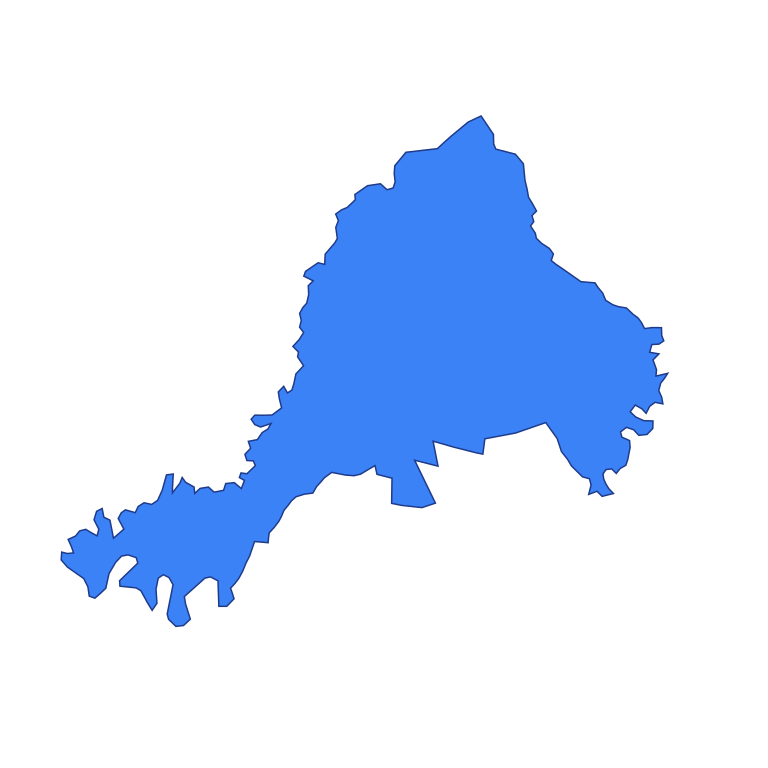 Sarandi, Rio Grande do Sul, Brazil (Robinson projection), rotated 283°
{"feature_id": "56859067B70235008034954", "entity_name": "Sarandi", "entity_type": "district", "adm_level": 2, "iso_a3": "BRA", "parent_name": "Brazil", "parent_adm1": "Rio Grande do Sul", "projection": "robinson", "projection_center": [-52.934, -27.931], "detail": "fine", "context": "isolated", "style": "filled", "palette": "blue", "viewbox_px": 768, "rotation_deg": 283, "n_neighbors": 0, "source": "geoboundaries", "source_scale": "gbopen_adm2", "svg_char_len": 3627}
<svg xmlns="http://www.w3.org/2000/svg" viewBox="0 0 768 768"><g transform="rotate(283 384 384)"><path d="M458.2,658.0L452.9,647.2L459.3,646.3L468.0,640.7L475.2,645.1L474.7,635.7L482.7,636.1L484.7,642.9L489.0,646.9L493.7,643.7L501.3,641.7L499.3,632.6L496.6,625.4L501.8,621.0L505.5,616.7L507.9,611.1L512.6,603.1L512.1,594.9L512.7,589.0L515.4,581.2L521.9,576.5L526.1,570.9L530.0,566.9L528.0,552.8L537.1,530.4L539.2,524.8L541.9,519.2L548.8,519.8L553.3,514.6L556.5,505.9L560.2,499.7L565.0,497.5L570.9,491.2L575.9,493.4L581.4,490.3L586.8,493.7L593.1,488.1L598.5,482.8L606.0,479.6L614.3,475.5L629.9,470.3L637.5,460.3L638.0,440.1L642.5,436.9L651.8,434.5L667.0,418.3L658.2,407.1L640.1,393.3L633.6,388.7L625.3,383.0L614.7,353.2L599.1,345.4L591.4,346.6L583.4,349.4L577.0,348.8L574.0,343.2L578.3,335.5L573.5,323.3L562.1,313.0L557.1,314.6L547.7,308.4L544.1,303.4L538.7,298.7L532.9,302.8L525.7,301.8L515.3,305.8L510.4,304.3L497.3,297.5L487.2,299.3L487.3,292.5L481.4,287.1L476.1,282.2L471.0,281.6L468.6,291.8L462.8,288.1L454.1,290.5L445.3,290.5L440.4,287.8L433.8,285.9L427.3,289.1L420.3,289.0L416.1,294.1L408.5,291.5L400.1,286.8L395.9,293.5L391.0,293.7L383.7,301.5L374.0,295.9L364.0,296.1L357.3,295.6L353.6,291.9L359.2,286.8L352.5,282.8L346.2,285.3L337.7,289.6L328.6,281.9L326.2,272.6L324.6,265.1L319.8,262.5L315.4,267.2L314.3,273.4L320.1,282.8L314.0,281.0L309.2,276.2L301.3,273.1L297.6,264.7L291.4,268.5L284.2,264.3L278.6,267.6L279.7,274.0L275.5,277.0L265.7,270.6L265.2,264.7L260.3,264.1L258.7,269.7L250.0,268.5L254.2,260.3L251.4,252.2L244.3,251.6L240.4,242.8L244.1,236.1L240.9,228.3L234.8,224.2L240.9,222.1L243.6,212.8L247.5,208.4L241.4,207.4L230.3,202.4L235.6,201.2L248.9,198.9L246.5,192.5L230.6,191.8L219.7,189.6L214.4,184.7L214.3,176.9L209.3,172.0L202.7,170.6L203.2,160.3L199.2,156.9L193.1,155.3L184.1,163.2L172.9,155.1L189.7,147.6L191.2,141.0L199.3,137.4L195.3,132.6L186.5,132.0L178.3,138.8L171.5,138.6L173.4,131.8L175.3,126.1L172.4,120.5L166.5,117.7L161.5,111.2L155.1,116.1L149.6,119.5L147.6,113.6L147.7,107.8L140.0,109.0L134.4,116.7L126.9,135.2L119.8,141.1L111.0,144.5L110.3,150.5L116.1,154.7L122.4,158.9L137.3,158.7L149.8,162.6L157.3,167.0L159.9,173.1L159.1,181.6L154.1,184.4L132.8,170.6L127.6,172.2L129.6,188.4L127.8,193.7L117.7,202.7L111.3,209.0L119.3,212.1L132.8,208.0L144.0,207.7L148.5,211.8L147.1,218.0L141.0,223.6L111.0,224.5L106.2,227.1L101.0,235.8L103.6,243.0L111.3,248.2L125.1,240.1L132.0,237.3L154.6,253.2L157.0,258.3L154.9,266.5L130.2,273.1L132.0,280.8L141.0,286.2L145.8,283.4L150.6,280.4L155.7,283.4L161.7,286.2L169.8,288.4L178.8,289.9L186.3,291.8L201.4,293.3L203.3,306.8L208.2,306.1L213.1,305.6L219.4,309.2L226.5,312.4L231.7,313.8L238.2,314.9L244.5,318.0L249.5,320.2L254.3,323.6L258.7,331.1L261.7,339.2L268.9,341.4L274.2,344.4L279.2,347.0L286.1,352.9L286.4,360.9L286.6,366.9L287.9,375.4L290.9,381.5L297.8,388.6L302.5,393.6L294.4,397.5L294.0,413.0L269.4,418.3L269.7,428.5L272.1,448.8L279.5,460.9L316.6,431.0L316.1,455.1L339.3,444.7L338.2,465.9L337.7,488.7L337.9,496.1L353.3,494.6L365.8,523.2L382.8,550.3L369.8,565.0L358.1,572.1L351.7,580.0L346.4,585.0L338.2,598.3L337.9,605.5L332.1,608.5L322.5,608.3L327.4,615.7L323.6,621.8L328.9,632.2L332.5,626.7L336.6,622.6L340.8,619.5L345.6,617.6L350.6,619.6L352.5,625.0L349.1,630.4L354.9,633.2L359.2,637.9L365.0,638.5L370.5,638.3L377.5,638.1L384.1,636.0L385.7,627.8L390.5,625.2L396.3,630.0L395.6,637.5L391.3,643.8L394.0,651.6L401.1,655.9L408.5,654.4L406.7,645.3L408.5,636.6L412.3,630.1L420.0,633.5L417.9,640.7L414.4,646.0L422.0,647.9L427.1,652.2L427.4,660.2L433.5,657.6L439.4,653.2L447.1,653.4L452.6,656.0L458.2,658.0Z" fill="#3b82f6" stroke="#1e3a8a" stroke-width="1.5"/></g></svg>